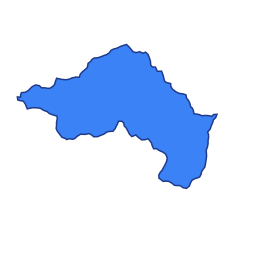 outline of Coronel Fabriciano, Minas Gerais, Brazil, rotated 153°
{"feature_id": "56859067B5591218375220", "entity_name": "Coronel Fabriciano", "entity_type": "district", "adm_level": 2, "iso_a3": "BRA", "parent_name": "Brazil", "parent_adm1": "Minas Gerais", "projection": "orthographic", "projection_center": [-42.686, -19.44], "detail": "fine", "context": "isolated", "style": "filled", "palette": "blue", "viewbox_px": 256, "rotation_deg": 153, "n_neighbors": 0, "source": "geoboundaries", "source_scale": "gbopen_adm2", "svg_char_len": 2330}
<svg xmlns="http://www.w3.org/2000/svg" viewBox="0 0 256 256"><g transform="rotate(153 128 128)"><path d="M134.1,203.8L136.8,200.4L139.9,199.5L143.1,198.8L146.0,197.7L148.3,195.3L151.2,197.0L155.3,198.1L157.8,198.1L161.5,199.2L165.2,201.6L169.0,204.7L171.7,202.3L173.5,200.2L175.9,199.3L179.2,198.8L181.4,199.7L183.9,201.6L186.7,203.0L187.8,206.0L190.8,208.3L194.8,208.3L200.0,206.6L203.5,206.5L206.9,207.9L208.6,206.3L209.8,204.3L212.5,205.9L213.5,203.0L211.4,201.1L209.2,199.6L208.6,196.3L209.1,190.8L204.0,189.5L200.3,187.5L197.2,185.4L195.3,182.2L192.6,179.3L191.5,176.5L189.1,173.9L185.9,170.8L186.7,168.6L189.1,165.5L190.7,162.4L192.2,160.3L192.4,157.3L191.8,153.7L191.0,149.5L189.1,147.8L187.9,145.6L185.1,145.1L182.5,143.1L180.2,142.8L176.9,143.7L173.0,144.0L169.2,141.8L165.2,140.7L163.6,138.4L162.5,135.7L158.8,134.0L156.0,133.9L152.5,133.5L148.4,134.0L145.7,133.2L142.9,131.9L139.8,133.2L137.9,134.7L135.4,136.5L133.5,138.3L130.3,136.8L129.6,134.2L130.4,131.6L129.6,128.8L129.5,125.4L129.5,121.9L128.5,118.6L124.2,118.2L123.1,115.1L121.3,111.3L118.1,109.8L115.0,109.4L114.4,106.8L113.9,104.1L114.4,101.7L114.6,97.9L111.9,96.6L110.6,94.0L108.1,91.0L106.3,87.8L106.6,83.4L109.1,80.4L111.3,78.7L114.3,76.6L117.0,74.8L119.2,74.0L121.7,72.3L123.2,69.3L120.9,64.5L118.0,63.3L116.0,62.0L114.0,59.0L112.6,55.8L110.3,54.4L107.5,52.8L106.1,49.8L103.3,47.7L99.8,48.4L97.1,50.8L94.4,52.5L91.4,52.5L89.1,52.1L86.5,51.8L84.1,53.4L82.1,55.8L79.6,57.2L77.2,58.4L74.8,61.5L73.3,63.6L70.9,67.0L69.5,70.1L68.5,72.5L65.6,75.3L63.6,78.0L62.5,80.3L60.6,82.8L59.2,85.7L58.9,88.3L55.5,89.6L52.3,92.6L50.1,94.4L48.2,96.5L45.2,97.4L42.5,99.8L45.5,101.1L48.4,100.4L50.1,102.1L53.0,103.9L56.6,105.4L58.4,107.6L60.2,109.0L62.7,110.7L61.9,113.7L61.6,116.3L62.5,118.5L61.7,121.8L61.6,125.0L62.3,128.0L61.3,131.2L63.5,133.4L66.2,135.3L67.9,137.0L69.2,139.2L70.7,142.2L71.0,145.6L69.8,148.3L72.9,150.8L74.2,153.3L73.4,156.3L72.7,159.5L72.3,163.4L76.1,165.2L75.9,169.8L78.6,171.3L79.2,173.7L77.7,177.3L77.0,181.4L76.8,184.6L77.9,187.6L80.8,187.9L82.9,190.6L86.6,191.5L88.9,193.7L89.5,196.6L90.3,199.9L91.4,203.1L93.7,203.5L96.9,204.0L99.4,204.1L101.9,204.2L104.9,204.9L108.0,204.9L110.5,203.5L113.8,203.1L116.3,203.5L119.1,203.7L123.1,204.3L126.3,205.7L128.8,205.5L131.2,204.2L134.1,203.8Z" fill="#3b82f6" stroke="#1e3a8a" stroke-width="1.5"/></g></svg>